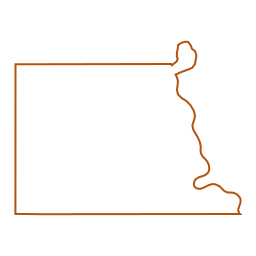 Nemaha, Nebraska, United States of America
{"feature_id": "52423323B47772109316300", "entity_name": "Nemaha", "entity_type": "district", "adm_level": 2, "iso_a3": "USA", "parent_name": "United States of America", "parent_adm1": "Nebraska", "projection": "equal_earth", "projection_center": [-95.661, 40.412], "detail": "fine", "context": "isolated", "style": "outline", "palette": "amber", "viewbox_px": 256, "rotation_deg": 0, "n_neighbors": 0, "source": "geoboundaries", "source_scale": "gbopen_adm2", "svg_char_len": 1207}
<svg xmlns="http://www.w3.org/2000/svg" viewBox="0 0 256 256"><path d="M15.4,213.9L40.1,214.2L240.0,214.0L239.2,213.2L239.0,212.5L238.3,210.7L238.3,208.9L240.4,203.0L240.6,200.2L240.4,198.7L239.6,197.2L237.2,194.6L235.7,193.7L233.1,192.7L227.2,192.4L224.7,191.2L223.5,190.3L219.8,186.5L217.0,185.0L214.7,184.2L213.3,184.0L211.4,184.3L209.1,185.0L203.4,187.8L200.8,188.7L199.4,188.9L196.7,188.3L195.5,187.6L194.2,185.9L193.9,184.9L194.0,183.1L194.5,181.0L195.8,179.2L198.3,177.5L204.5,175.4L206.1,174.4L208.2,172.5L209.1,170.2L209.3,168.7L208.9,165.5L208.4,163.9L207.4,161.9L205.5,159.3L203.1,157.0L201.3,154.1L200.7,152.1L200.6,149.2L200.8,147.3L200.0,142.4L197.6,137.1L193.4,129.9L192.4,125.7L192.7,124.1L193.8,120.8L194.6,118.4L194.9,115.0L193.8,110.9L190.7,105.5L187.9,102.4L185.5,100.4L182.4,98.6L178.6,95.1L177.9,93.9L177.2,91.4L177.0,89.7L177.2,87.8L177.6,85.3L177.9,81.2L177.3,78.1L175.6,74.6L177.5,73.9L179.0,72.9L189.5,69.0L192.3,67.7L194.9,64.1L196.4,55.8L195.9,53.6L194.8,50.9L192.1,49.0L190.6,45.1L187.9,41.8L184.9,41.8L181.2,42.9L178.1,45.0L177.8,48.6L177.0,51.8L176.8,56.4L177.7,58.6L176.8,61.3L171.8,65.3L171.2,64.0L15.5,64.3L15.4,213.9Z" fill="none" stroke="#b45309" stroke-width="2"/></svg>